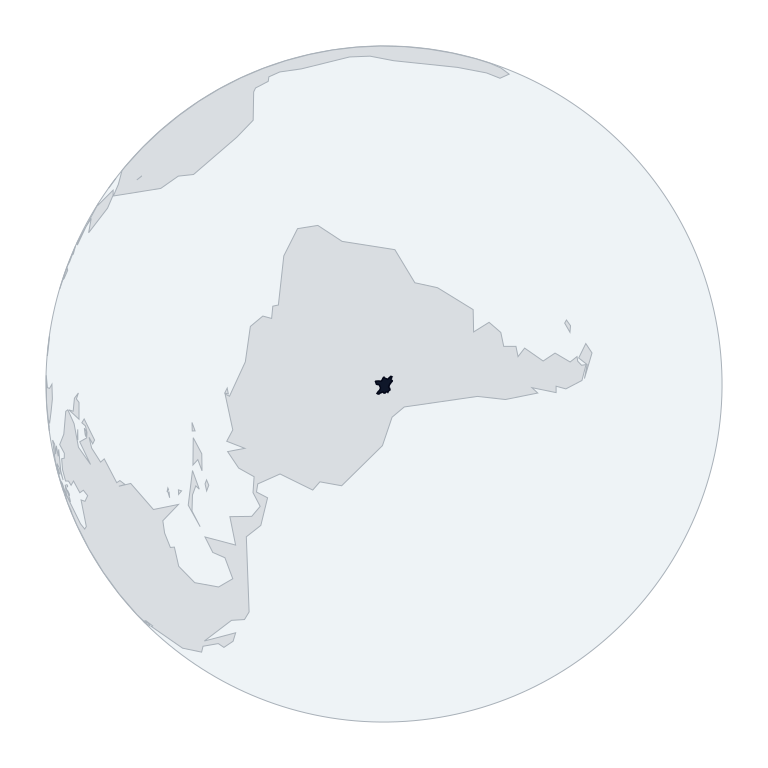 the Earth from above Cochabamba, rotated 259°
{"feature_id": "BOL-1291", "entity_name": "Cochabamba", "entity_type": "Department", "adm_level": 1, "iso_a3": "BOL", "parent_name": "Bolivia", "parent_adm1": "", "projection": "orthographic", "projection_center": [-65.4, -17.184], "detail": "fine", "context": "on_globe", "style": "filled", "palette": "ink", "viewbox_px": 768, "rotation_deg": 259, "n_neighbors": 0, "source": "natural_earth", "source_scale": "10m", "svg_char_len": 7245}
<svg xmlns="http://www.w3.org/2000/svg" viewBox="0 0 768 768"><g transform="rotate(259 384 384)"><circle cx="384" cy="384" r="338" fill="#eef3f6" stroke="#a8b0b8"/><path d="M304.3,55.6L308.4,54.7L318.1,52.6L317.4,53.1L325.8,51.2L324.6,51.3L324.8,51.3L333.6,49.9L330.8,50.4L333.7,50.0L331.3,50.5L335.7,49.7L335.0,50.5L344.0,48.6L350.5,48.3L347.8,49.3L337.2,50.6L304.7,59.4L298.7,62.5L300.9,64.6L328.0,64.5L325.9,68.1L330.9,71.8L337.1,68.6L335.3,64.7L348.0,60.7L344.3,57.5L348.9,55.8L349.5,52.9L361.1,52.1L372.1,53.3L372.2,56.0L377.0,57.0L386.4,54.1L395.8,60.1L417.9,66.4L419.0,68.7L404.2,72.2L380.2,72.0L361.0,80.6L385.3,74.3L387.8,81.8L393.2,83.2L399.9,82.9L403.6,80.0L406.9,83.0L384.2,89.2L380.8,86.6L388.0,84.3L376.8,84.8L361.4,90.9L363.9,95.1L338.1,102.8L339.6,106.3L334.8,110.6L334.2,104.2L334.7,116.4L304.8,133.7L305.0,159.3L292.0,140.8L279.5,140.2L264.3,143.1L263.9,147.1L244.2,147.7L225.1,160.3L216.3,182.9L221.7,198.4L243.8,194.7L251.3,183.8L268.0,179.1L254.2,207.6L283.2,207.4L279.3,228.9L287.5,239.1L302.4,234.7L317.8,238.8L329.2,225.3L347.5,217.6L347.4,235.1L357.8,218.7L367.8,226.8L404.4,226.1L401.5,230.0L432.2,252.1L466.0,263.8L473.8,278.0L469.8,286.2L481.6,289.7L481.7,295.4L528.9,310.1L553.0,328.8L552.3,349.3L532.0,370.1L513.8,420.3L477.5,433.6L468.3,454.9L440.0,485.7L418.0,481.9L424.5,498.9L412.3,508.5L398.1,508.7L395.8,520.7L385.3,520.8L392.4,528.9L376.2,544.6L381.7,557.8L370.1,570.9L374.1,578.7L369.4,578.5L364.7,581.5L364.5,586.0L349.7,579.0L344.5,561.6L349.0,552.5L342.7,551.3L352.2,528.5L345.8,533.2L345.6,500.2L354.0,473.3L357.6,399.5L349.9,385.6L323.8,370.7L292.2,323.0L300.2,302.4L293.5,293.8L315.5,264.8L310.0,241.0L302.3,238.2L294.5,248.0L268.7,236.1L260.3,219.7L186.0,208.1L179.4,202.1L181.1,189.2L166.0,158.6L168.1,190.9L160.3,186.8L156.0,176.6L160.8,171.8L161.1,156.3L155.6,153.8L163.1,135.9L190.3,109.4L190.7,110.7L197.1,105.1L197.1,103.6L195.5,104.1L204.9,97.4L228.4,84.0L253.0,72.5L278.3,63.0L304.3,55.6ZM302.4,168.7L335.6,179.5L316.0,182.6L319.9,179.8L311.6,174.8L296.0,171.3L279.0,176.3L302.4,168.7ZM319.0,152.4L313.2,151.9L319.0,151.3L319.0,152.4ZM193.7,105.2L196.4,104.1L193.9,107.2L190.8,108.4L193.7,105.2ZM197.4,102.3L195.0,103.9L195.3,103.7L197.4,102.3ZM343.1,53.7L346.2,53.3L344.5,54.0L343.1,53.7ZM340.3,53.0L336.1,54.1L334.2,54.0L336.8,53.3L340.3,53.0ZM346.0,51.8L331.3,53.7L328.0,53.7L335.4,51.2L346.0,51.8ZM322.1,51.8L323.3,51.6L316.8,52.8L317.5,52.7L322.1,51.8ZM374.8,594.1L351.1,581.8L364.3,587.1L372.4,580.1L385.2,589.8L374.8,594.1ZM399.3,576.4L409.3,573.0L412.0,575.3L405.6,578.2L399.3,576.4ZM615.9,138.2L613.7,136.8L626.0,155.1L621.0,154.1L609.4,146.2L588.8,122.9L602.4,128.2L595.3,121.5L578.8,109.4L584.3,112.5L579.2,108.7L583.0,111.0L580.9,109.4L615.9,138.2ZM685.8,536.1L685.5,536.6L678.7,549.1L671.9,559.1L664.3,566.0L662.0,556.2L669.8,544.0L680.8,516.5L699.5,455.2L708.5,432.8L711.6,412.6L709.1,363.1L710.2,341.2L707.5,329.6L703.2,328.1L699.1,314.4L695.6,311.8L667.9,305.9L654.4,286.7L626.0,237.0L627.3,221.7L618.6,202.2L620.2,154.2L630.6,161.3L643.4,167.5L646.8,171.5L656.2,184.0L662.5,192.6L675.4,212.9L686.8,234.1L696.8,256.0L705.1,278.6L711.8,301.8L716.8,325.3L720.1,349.1L721.7,373.2L721.7,397.2L719.9,421.2L716.4,445.1L711.2,468.6L704.3,491.6L695.8,514.2L685.8,536.1ZM631.5,180.3L634.2,185.6L634.3,185.6L631.5,180.3ZM405.5,225.9L409.9,229.3L404.0,229.3L405.5,225.9ZM312.9,189.5L320.1,189.3L323.7,191.5L318.1,192.7L312.9,189.5ZM374.5,186.8L382.9,188.2L374.0,189.6L374.5,186.8ZM340.9,181.0L367.7,186.5L350.3,191.8L333.5,188.8L345.3,186.8L340.9,181.0ZM314.8,161.3L319.3,162.0L317.7,164.9L314.8,161.3ZM323.2,152.0L321.4,152.4L319.4,150.4L323.2,152.0ZM389.1,81.4L391.0,81.0L397.8,81.4L394.3,82.6L389.1,81.4ZM429.1,77.4L433.5,82.3L428.0,79.2L424.1,81.1L407.6,77.9L418.7,69.8L416.6,73.7L429.1,77.4ZM388.7,72.6L397.9,74.7L387.3,72.8L388.7,72.6ZM547.5,88.7L553.3,91.8L558.4,95.1L556.0,95.2L548.6,90.1L547.5,88.7ZM550.5,90.0L551.4,90.5L557.3,93.9L576.5,106.3L578.3,107.5L570.8,103.8L570.0,102.4L564.4,99.0L560.2,95.7L539.3,83.9L550.5,90.0ZM494.9,64.8L493.8,64.6L484.5,61.7L475.7,58.9L482.1,60.6L494.9,64.8ZM361.9,48.1L357.6,48.6L357.6,48.3L361.2,47.8L361.9,48.1ZM363.9,46.7L380.7,46.8L376.7,47.0L392.2,48.0L387.7,49.2L377.8,48.3L385.9,50.6L375.2,50.4L381.9,52.2L360.3,50.1L351.0,50.7L363.1,49.3L367.5,48.0L366.6,47.6L357.1,47.4L339.2,49.1L340.0,49.0L356.5,47.2L358.4,47.1L363.9,46.7ZM457.0,54.1L444.6,52.9L443.5,54.9L447.2,58.0L432.5,55.6L419.7,51.7L410.0,48.5L413.1,47.6L405.9,47.2L405.3,46.9L411.2,47.3L401.7,46.6L402.7,46.6L430.0,49.2L457.0,54.1ZM633.0,155.6L637.1,160.1L635.6,158.5L628.8,151.1L629.0,151.3L633.0,155.6Z" fill="#d9dde1" stroke="#a8b0b8" stroke-width="1"/><path d="M375.1,386.2L375.8,385.8L375.9,385.7L375.7,385.4L375.8,385.2L375.7,384.9L375.7,384.7L375.7,384.4L375.6,384.0L375.5,383.9L375.4,383.7L375.0,383.4L374.9,383.3L374.9,383.2L375.0,383.0L375.0,382.9L375.1,382.7L375.1,382.4L375.2,382.1L375.4,382.0L375.5,381.9L375.8,381.9L376.0,381.8L376.1,381.7L376.3,381.5L376.3,381.4L376.3,381.0L376.3,380.5L376.2,380.4L376.1,380.1L376.0,379.9L376.0,379.7L376.1,379.4L376.1,378.7L375.9,378.5L375.9,378.4L375.7,378.3L375.7,378.2L375.4,377.8L375.3,377.6L375.2,377.5L375.2,377.4L375.3,377.0L375.3,376.8L375.2,376.7L375.3,376.5L375.3,376.4L375.4,376.2L375.5,375.9L375.7,375.7L376.1,375.3L377.7,376.9L377.8,377.0L378.0,377.4L378.0,377.5L378.3,377.9L379.2,378.9L379.4,379.0L379.9,379.4L380.2,379.5L380.7,379.6L381.2,379.8L381.5,379.8L383.7,379.2L384.2,378.9L384.3,378.8L384.4,378.7L384.7,377.7L384.7,377.4L384.9,377.1L385.2,376.6L385.3,376.5L387.5,376.2L388.1,376.1L388.2,376.3L387.9,376.3L388.1,376.4L388.1,376.5L387.9,376.5L388.0,376.7L388.0,376.8L388.1,377.0L388.0,377.4L388.0,377.5L388.2,377.8L388.1,378.0L388.1,378.3L388.1,378.5L388.0,378.8L388.0,379.0L388.0,379.3L387.9,379.7L387.9,379.8L387.8,380.0L387.6,380.1L387.5,380.3L387.5,380.5L387.4,381.0L387.3,381.3L387.5,381.5L387.6,382.2L387.7,382.3L388.2,382.9L388.4,383.0L388.5,383.0L389.0,383.5L389.4,383.7L389.5,383.8L389.8,384.0L390.2,384.5L390.5,384.7L390.5,384.8L390.6,385.0L390.7,385.3L390.4,385.4L390.2,385.4L389.9,385.4L389.7,385.6L389.6,385.9L389.6,386.0L388.7,387.3L388.6,387.5L388.1,387.9L388.0,388.0L387.9,388.1L387.9,388.3L387.9,388.5L388.2,388.7L388.3,388.9L388.4,389.2L388.5,389.5L388.8,389.7L388.8,389.8L389.0,390.1L389.2,390.5L389.3,390.7L389.4,390.8L389.4,391.0L389.5,391.3L389.8,391.5L390.0,391.6L390.1,391.8L390.1,392.1L390.2,392.3L390.0,392.5L389.9,392.7L389.8,392.4L389.6,392.4L389.1,392.7L389.1,392.8L388.7,392.8L388.6,392.7L388.4,392.6L388.3,392.4L388.2,392.2L387.9,391.9L387.6,391.9L387.4,391.7L387.1,391.7L386.7,391.8L386.4,391.9L386.2,392.1L386.0,392.3L386.0,392.5L385.9,392.6L385.7,392.7L385.4,392.4L385.0,392.5L384.9,392.4L384.9,392.2L384.8,391.9L384.7,391.9L384.6,391.7L384.4,391.5L384.3,391.4L384.3,391.2L384.2,391.2L383.9,391.0L383.6,390.8L383.4,390.4L383.2,390.2L382.9,390.0L382.8,389.8L382.8,389.7L382.6,389.6L382.4,389.5L382.3,389.4L382.0,389.0L381.6,388.8L381.5,388.6L381.4,388.6L381.0,388.7L380.9,388.6L380.7,388.4L380.6,388.1L380.4,388.0L380.1,388.0L379.9,388.0L379.7,388.0L379.2,388.4L379.1,388.5L378.8,388.7L378.7,388.8L378.3,388.7L378.0,388.7L377.7,388.7L377.1,388.8L376.8,388.0L376.4,387.4L376.1,387.0L376.0,386.9L375.1,386.2Z" fill="#0f172a" stroke="#020617" stroke-width="1.5"/></g></svg>